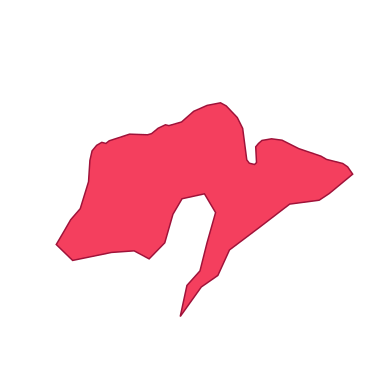 outline of Paxtaabad, Andijon, Uzbekistan, rotated 324°
{"feature_id": "79887680B2052385520334", "entity_name": "Paxtaabad", "entity_type": "district", "adm_level": 2, "iso_a3": "UZB", "parent_name": "Uzbekistan", "parent_adm1": "Andijon", "projection": "equal_earth", "projection_center": [72.425, 40.981], "detail": "fine", "context": "isolated", "style": "filled", "palette": "rose", "viewbox_px": 384, "rotation_deg": 324, "n_neighbors": 0, "source": "geoboundaries", "source_scale": "gbopen_adm2", "svg_char_len": 883}
<svg xmlns="http://www.w3.org/2000/svg" viewBox="0 0 384 384"><g transform="rotate(324 192 192)"><path d="M302.3,273.9L332.5,272.0L332.7,263.1L330.7,257.5L320.0,244.7L317.4,238.8L303.9,219.7L295.3,203.0L287.6,195.7L278.9,191.4L274.3,191.8L270.1,192.9L261.5,206.1L258.8,206.5L255.3,202.4L255.2,198.2L270.4,170.3L272.4,158.4L270.3,142.5L267.5,136.6L255.1,130.8L240.8,127.7L224.7,129.2L212.3,124.7L210.0,122.0L202.1,120.5L193.6,121.0L189.7,119.6L175.5,108.5L155.1,101.9L150.9,102.1L148.2,98.8L142.3,98.2L135.3,100.0L128.0,106.4L114.3,122.9L91.8,139.8L77.6,143.1L65.5,148.5L51.3,154.7L55.2,177.2L91.4,193.6L110.6,205.6L118.0,220.9L140.1,217.1L163.5,198.8L180.0,191.6L201.0,200.8L199.0,222.5L174.1,242.1L152.1,260.5L133.0,264.6L109.3,285.8L143.7,274.3L163.9,274.7L188.3,260.9L227.5,260.2L263.9,259.2L290.1,273.4L302.3,273.9Z" fill="#f43f5e" stroke="#9f1239" stroke-width="1.5"/></g></svg>